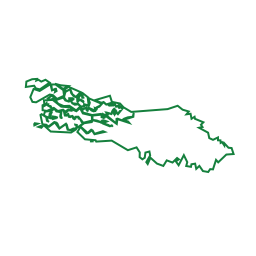 Bagerhat, Khulna, Bangladesh, rotated 101°
{"feature_id": "16705992B77600989823530", "entity_name": "Bagerhat", "entity_type": "district", "adm_level": 2, "iso_a3": "BGD", "parent_name": "Bangladesh", "parent_adm1": "Khulna", "projection": "natural_earth1", "projection_center": [89.774, 22.348], "detail": "fine", "context": "isolated", "style": "outline", "palette": "green", "viewbox_px": 256, "rotation_deg": 101, "n_neighbors": 0, "source": "geoboundaries", "source_scale": "gbopen_adm2", "svg_char_len": 6113}
<svg xmlns="http://www.w3.org/2000/svg" viewBox="0 0 256 256"><g transform="rotate(101 128 128)"><path d="M135.3,26.4L133.4,19.4L127.9,22.5L128.2,25.6L124.6,30.5L126.7,30.2L123.9,33.0L124.9,34.2L122.5,34.9L122.9,37.3L120.1,37.9L123.4,42.3L122.4,46.3L117.3,48.5L114.2,58.3L112.8,55.1L110.9,57.0L108.0,55.1L106.2,64.0L104.3,64.8L106.8,67.4L102.1,69.3L103.4,73.2L100.2,71.5L99.6,77.9L96.7,83.5L101.9,92.7L111.6,127.9L108.6,136.2L110.1,137.3L108.6,139.8L109.7,140.0L110.0,140.5L108.9,141.8L107.8,141.6L109.4,143.7L107.1,145.4L108.6,146.4L109.6,150.7L109.4,151.1L108.8,150.9L106.8,148.5L109.2,153.8L107.4,157.1L112.4,160.1L113.1,160.9L113.5,162.2L115.2,162.3L114.8,164.0L116.5,162.9L117.6,163.5L118.2,165.0L117.8,167.1L115.8,170.7L118.5,170.9L118.2,172.1L116.3,172.8L118.6,176.3L121.4,175.5L122.1,165.6L119.3,157.2L120.2,155.1L122.1,155.6L122.2,153.6L119.3,154.8L119.7,151.1L119.0,150.6L117.5,152.1L117.1,152.3L116.9,152.1L117.3,147.0L114.7,146.7L112.8,146.0L111.7,145.2L112.0,144.7L115.8,144.8L117.2,143.8L113.9,143.1L113.8,142.7L114.0,142.6L115.9,141.2L115.3,140.2L113.0,139.3L112.6,138.5L116.4,140.5L115.6,141.7L113.9,142.9L117.1,143.5L117.3,143.8L117.0,144.3L115.6,144.9L111.8,145.1L117.5,146.9L117.1,152.1L118.9,150.4L120.0,151.0L125.8,140.3L121.3,141.0L120.8,140.1L121.6,135.4L119.6,133.6L117.5,130.1L116.0,125.4L112.1,125.3L116.0,124.9L121.0,134.3L121.6,129.2L122.8,127.7L121.3,140.1L126.2,139.8L119.6,154.1L121.9,152.9L122.8,153.8L122.4,156.0L119.9,156.4L122.6,165.3L126.8,164.4L126.6,160.1L127.3,155.9L125.5,154.7L125.1,153.3L125.6,149.9L128.1,153.6L128.8,147.7L129.7,146.0L128.6,144.8L128.5,144.4L129.7,143.2L128.6,144.5L129.8,146.1L128.4,153.5L127.6,154.1L126.1,151.9L125.3,153.8L127.6,155.8L127.1,164.1L129.1,164.7L131.7,172.0L135.3,175.4L140.5,166.7L136.7,163.8L137.3,162.1L140.1,159.8L135.9,152.0L136.3,150.1L140.5,159.7L137.1,163.0L140.6,166.0L141.2,167.8L136.0,174.9L141.6,176.9L147.3,168.1L146.2,157.5L147.4,156.6L143.5,141.6L149.8,123.9L145.4,115.9L149.7,111.8L154.4,111.0L156.0,107.9L154.0,105.9L148.8,106.2L147.0,102.5L150.7,101.0L158.0,103.5L159.6,101.8L152.9,100.3L157.4,92.8L158.5,86.1L152.4,83.8L153.4,77.7L148.1,74.1L149.1,72.1L151.6,74.7L154.9,71.2L144.0,68.0L150.2,63.3L154.2,63.6L154.1,58.8L151.5,58.8L150.2,55.3L155.1,53.2L151.6,50.7L156.0,46.2L155.9,40.9L152.7,39.5L152.4,36.7L142.5,35.5L144.5,32.9L135.3,26.4ZM137.7,178.2L131.7,172.6L131.1,174.5L128.3,176.7L128.2,178.3L126.8,178.9L127.4,181.6L128.9,181.5L129.5,182.6L129.2,183.5L127.0,185.1L128.4,186.8L128.3,188.3L126.2,189.4L127.6,190.7L127.8,192.4L123.0,194.5L124.4,197.9L125.6,196.4L130.5,196.0L130.2,194.4L130.9,195.3L130.7,196.1L129.3,196.8L125.3,196.8L125.4,201.5L123.1,204.0L125.7,206.3L127.8,212.6L131.2,213.1L132.3,211.4L132.9,207.5L128.7,207.6L128.0,207.1L127.7,206.0L132.8,207.2L131.7,204.2L133.1,203.5L132.5,201.7L131.5,203.4L131.0,203.5L130.9,201.2L131.3,198.8L131.1,203.3L132.5,201.4L133.5,203.4L132.2,204.1L133.3,205.2L132.7,210.2L133.4,208.8L134.5,209.6L135.5,208.5L136.3,208.7L137.0,206.6L136.4,208.9L134.4,209.8L133.5,209.2L130.9,215.4L131.9,216.4L140.7,212.7L140.4,208.9L141.7,206.3L136.2,201.5L136.4,199.2L137.2,198.1L141.4,195.3L135.7,189.8L136.3,188.8L141.0,186.5L140.9,184.2L138.9,181.5L138.5,179.0L135.2,178.8L134.8,179.2L135.0,180.3L134.8,180.4L134.8,178.8L137.7,178.2ZM108.5,196.9L102.6,198.9L102.8,199.5L99.1,207.4L99.9,211.6L105.4,209.8L103.4,206.8L103.7,206.1L105.3,205.2L106.5,206.5L103.7,206.4L105.6,209.8L99.8,212.5L108.5,221.8L107.7,228.1L116.4,229.8L120.6,226.8L120.3,223.1L110.1,211.2L110.1,207.9L113.0,203.2L108.5,196.9ZM109.1,159.2L106.2,172.8L110.5,170.3L113.5,170.6L113.9,173.4L113.2,175.5L114.9,175.1L116.2,178.2L114.2,181.4L115.3,184.6L114.4,187.4L112.1,189.4L109.8,187.8L110.2,191.1L112.4,190.2L113.4,191.1L112.9,194.8L110.5,197.3L114.6,204.5L117.5,201.1L118.7,195.3L117.4,189.8L120.6,182.2L116.8,179.5L118.1,176.5L116.0,172.7L118.3,171.4L115.6,170.7L117.2,163.6L114.8,164.3L114.4,163.6L114.9,162.4L113.4,162.4L111.3,159.5L109.1,159.2ZM113.4,170.9L106.3,173.2L106.0,172.9L106.0,172.2L102.3,179.4L102.3,179.8L103.5,179.9L105.1,181.1L104.9,178.8L105.1,178.6L106.9,178.6L106.5,176.6L107.0,178.5L106.7,178.8L105.1,178.8L105.4,181.2L101.9,181.2L111.4,182.6L111.8,182.3L109.8,181.6L109.2,180.7L109.8,177.5L110.4,176.8L111.1,176.8L109.4,180.9L112.0,182.3L111.6,182.8L108.9,183.5L106.3,182.9L107.2,183.7L107.6,185.0L107.0,187.6L104.7,190.3L101.0,192.2L104.5,196.3L110.1,196.7L112.8,193.8L112.8,190.8L110.0,191.4L109.3,188.0L110.4,187.1L112.2,189.2L114.3,187.1L113.9,181.4L115.9,178.4L114.9,175.4L113.0,175.6L113.4,170.9ZM127.6,164.8L122.7,165.8L122.3,175.1L117.6,178.9L121.4,181.9L120.5,186.3L121.8,186.6L122.0,190.1L124.2,191.3L124.9,193.1L127.4,192.0L125.6,189.4L127.9,188.0L126.8,184.8L129.1,182.3L127.0,181.7L126.4,178.9L131.4,172.9L127.6,164.8ZM124.0,192.9L121.3,190.2L121.5,186.7L120.2,186.9L118.8,189.1L119.8,197.6L114.8,207.2L116.9,215.8L121.7,214.3L119.1,212.7L120.4,212.3L120.0,211.0L121.0,211.1L121.3,208.1L122.6,207.0L121.1,211.3L120.2,211.1L120.6,212.2L119.4,212.7L122.1,214.0L122.0,214.5L120.9,214.9L122.0,216.2L126.8,215.2L126.7,210.8L122.4,204.7L124.7,200.1L122.4,195.2L124.0,192.9ZM98.4,213.6L96.4,218.2L99.0,222.0L97.7,225.2L98.9,227.0L97.2,226.8L98.4,231.4L101.8,236.6L107.2,236.1L104.4,228.2L106.7,226.0L106.9,221.9L98.4,213.6ZM142.4,209.5L146.2,203.2L143.3,183.0L139.7,179.2L139.0,180.8L141.1,183.6L141.2,187.0L135.9,189.6L141.7,195.3L136.5,200.9L141.9,205.8L142.4,209.5ZM107.6,141.7L108.6,140.0L108.4,139.6L109.8,137.6L108.2,136.8L105.5,140.5L105.4,148.8L99.8,151.9L107.0,165.8L108.3,159.1L107.2,156.8L109.0,153.8L106.4,149.0L107.0,148.1L109.3,150.9L107.0,145.4L109.2,143.7L107.6,141.7ZM102.6,197.8L103.8,195.7L100.8,192.1L105.4,189.1L107.5,185.1L101.8,181.4L98.9,194.3L102.6,197.8ZM98.5,208.2L102.0,199.1L98.2,194.6L98.9,202.3L98.5,208.2ZM114.2,212.3L115.1,210.1L112.8,205.3L110.9,209.1L114.2,212.3ZM141.0,217.3L141.1,220.4L142.1,220.8L143.3,220.4L141.0,217.3ZM144.0,216.1L144.3,213.1L142.8,212.2L142.7,214.1L144.0,216.1ZM148.3,162.1L147.6,159.2L148.2,162.6L148.3,162.1ZM102.0,199.8L102.5,199.2L102.2,198.9L102.0,199.8Z" fill="none" stroke="#15803d" stroke-width="2"/></g></svg>